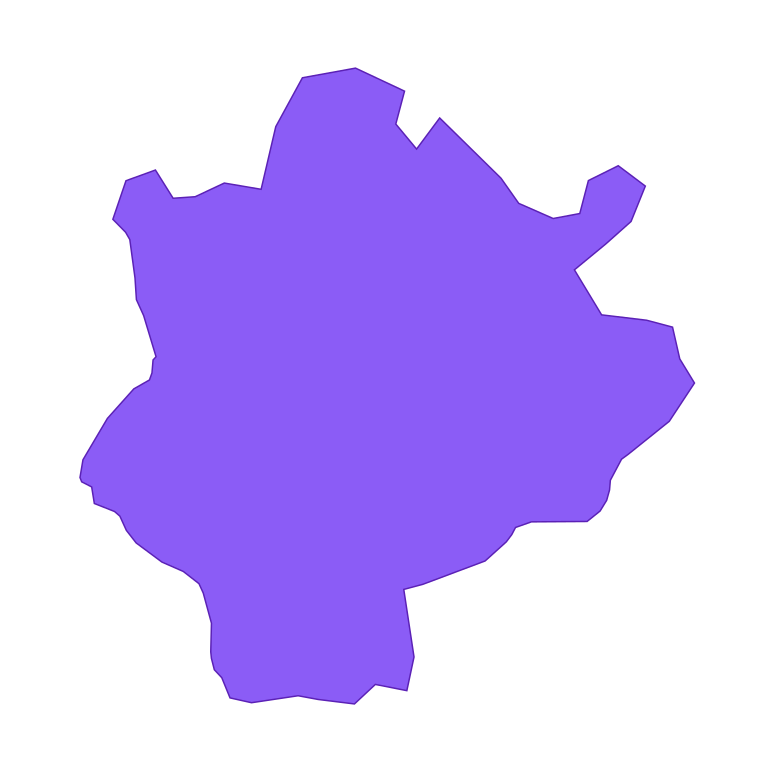 Talsi, Albers equal-area conic projection, rotated 356°
{"feature_id": "LVA-1091", "entity_name": "Talsi", "entity_type": "Municipality", "adm_level": 1, "iso_a3": "LVA", "parent_name": "Latvia", "parent_adm1": "", "projection": "albers", "projection_center": [22.585, 57.256], "detail": "fine", "context": "isolated", "style": "filled", "palette": "violet", "viewbox_px": 768, "rotation_deg": 356, "n_neighbors": 0, "source": "natural_earth", "source_scale": "10m", "svg_char_len": 1147}
<svg xmlns="http://www.w3.org/2000/svg" viewBox="0 0 768 768"><g transform="rotate(356 384 384)"><path d="M632.9,182.6L658.5,204.8L641.8,239.1L615.1,259.7L581.9,283.4L605.9,330.2L650.4,338.7L675.8,347.4L680.8,379.6L693.8,404.7L666.0,441.1L622.8,471.1L615.7,475.6L603.1,495.8L601.6,505.5L598.0,515.6L590.7,525.8L577.0,535.3L521.4,531.8L505.2,536.3L501.0,543.1L495.0,550.0L472.5,567.6L408.9,586.5L389.4,590.3L394.9,658.4L385.4,691.5L354.4,683.1L332.2,701.1L296.3,694.1L276.6,689.0L229.6,692.7L208.5,686.4L201.7,665.7L194.8,657.2L192.7,645.6L192.5,639.1L195.2,610.6L189.1,579.9L185.5,570.3L170.7,557.0L150.1,546.2L125.7,525.3L116.8,512.1L111.3,497.4L106.3,492.4L86.7,483.0L85.2,466.3L75.6,460.5L74.2,456.1L78.4,438.6L105.7,399.0L134.1,371.4L150.3,363.6L153.3,356.8L155.3,343.9L158.5,340.9L149.0,299.0L142.9,282.6L143.0,260.9L140.5,222.2L136.8,214.6L125.0,200.8L140.8,163.2L170.9,154.6L186.6,184.0L208.7,184.0L238.7,172.4L275.0,181.2L294.0,119.7L324.0,72.8L377.6,66.9L424.9,93.3L413.9,125.5L432.9,151.9L458.1,122.5L515.1,186.9L531.0,213.2L564.3,230.7L591.2,227.6L602.1,195.3L632.9,182.6Z" fill="#8b5cf6" stroke="#5b21b6" stroke-width="1.5"/></g></svg>